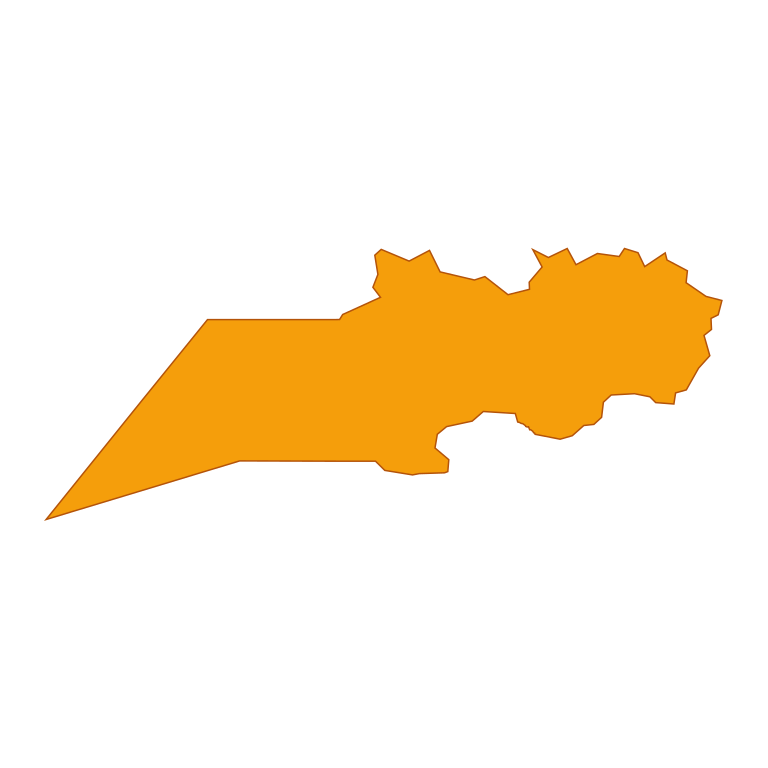 the district of Weber, Utah, United States of America
{"feature_id": "52423323B66213372759254", "entity_name": "Weber", "entity_type": "district", "adm_level": 2, "iso_a3": "USA", "parent_name": "United States of America", "parent_adm1": "Utah", "projection": "robinson", "projection_center": [-111.761, 41.253], "detail": "fine", "context": "isolated", "style": "filled", "palette": "amber", "viewbox_px": 768, "rotation_deg": 0, "n_neighbors": 0, "source": "geoboundaries", "source_scale": "gbopen_adm2", "svg_char_len": 1186}
<svg xmlns="http://www.w3.org/2000/svg" viewBox="0 0 768 768"><path d="M665.2,252.9L644.7,266.6L638.0,252.7L624.5,248.5L619.2,256.5L597.4,253.5L576.0,264.7L567.2,248.5L548.4,257.5L532.8,249.6L542.1,267.0L529.2,282.2L529.5,289.3L508.0,294.7L484.9,276.6L474.4,280.0L440.1,271.9L429.5,250.4L409.1,261.1L381.2,249.4L374.8,255.2L377.9,274.4L372.9,287.3L380.5,297.3L342.7,314.5L339.6,319.5L335.7,319.6L207.5,319.6L143.4,398.7L143.3,398.8L46.1,519.5L72.5,511.5L239.7,460.9L308.1,461.1L341.4,461.2L343.9,461.2L375.5,461.2L384.8,470.4L412.5,474.9L419.3,473.6L444.6,472.8L447.8,471.6L448.8,459.7L435.0,448.0L437.3,434.3L446.6,426.6L472.2,421.1L483.3,411.5L515.3,413.5L517.7,422.0L519.6,422.5L521.1,423.4L522.8,423.7L525.4,425.6L525.7,426.4L527.2,427.0L528.5,426.8L529.7,429.8L530.6,429.7L532.7,431.2L533.7,432.8L534.6,433.1L535.1,434.3L560.1,439.2L572.3,435.7L583.8,425.5L593.9,424.4L601.6,417.3L603.4,402.2L611.2,395.0L634.5,393.7L649.9,396.8L655.7,402.6L673.9,404.0L675.6,392.9L686.3,389.9L698.6,368.1L709.8,355.7L704.0,335.4L711.5,329.4L711.0,318.4L718.2,314.8L721.9,300.5L706.0,296.4L686.1,282.7L687.4,270.8L667.0,260.0L665.2,252.9Z" fill="#f59e0b" stroke="#b45309" stroke-width="1.5"/></svg>